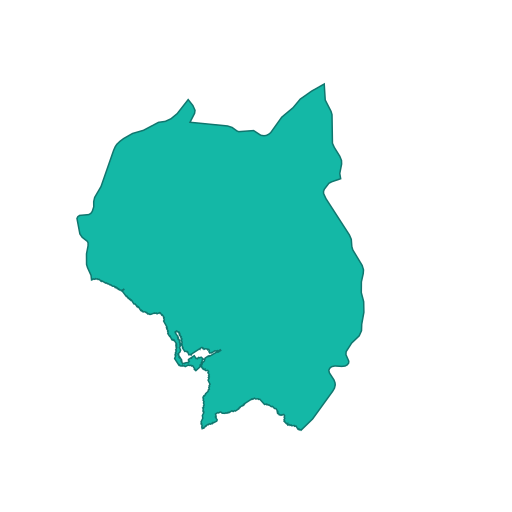 the district of La Isabela, Puerto Plata, Dominican Republic, rotated 237°
{"feature_id": "3306468B2817273614412", "entity_name": "La Isabela", "entity_type": "district", "adm_level": 2, "iso_a3": "DOM", "parent_name": "Dominican Republic", "parent_adm1": "Puerto Plata", "projection": "equal_earth", "projection_center": [-71.164, 19.801], "detail": "fine", "context": "isolated", "style": "filled", "palette": "teal", "viewbox_px": 512, "rotation_deg": 237, "n_neighbors": 0, "source": "geoboundaries", "source_scale": "gbopen_adm2", "svg_char_len": 6151}
<svg xmlns="http://www.w3.org/2000/svg" viewBox="0 0 512 512"><g transform="rotate(237 256 256)"><path d="M274.7,369.1L279.6,371.2L286.5,377.9L289.5,379.7L294.0,380.6L304.4,380.8L308.9,381.5L333.1,396.7L336.4,397.7L349.1,399.0L363.1,406.9L364.0,392.5L363.5,378.6L360.2,367.9L358.4,353.2L351.4,335.4L351.2,332.9L351.5,330.3L352.5,328.2L354.6,325.8L362.5,322.3L369.7,309.2L371.3,308.1L376.8,306.0L380.5,303.0L404.1,273.5L409.1,282.2L411.4,284.2L416.5,285.0L424.1,284.3L418.3,267.4L417.4,259.4L418.3,253.3L421.2,247.0L422.7,230.1L426.0,219.2L426.6,208.9L426.3,204.5L425.5,200.2L424.4,197.6L422.2,194.2L398.7,163.9L393.0,152.6L390.0,149.5L385.6,146.7L382.6,143.0L381.7,140.7L381.8,138.3L386.1,130.2L386.0,128.0L385.0,126.3L370.4,120.3L366.3,120.4L360.3,122.5L358.6,122.4L356.0,120.7L350.1,115.0L341.2,109.3L338.1,108.4L329.6,107.1L325.6,105.1L325.6,106.2L325.2,106.2L325.2,107.3L324.4,107.9L324.4,109.0L324.0,109.0L323.1,110.7L322.3,110.7L321.9,111.8L319.4,112.3L319.4,112.9L318.6,112.9L318.6,113.5L315.2,115.1L315.2,115.7L313.6,116.3L313.6,116.8L311.1,117.9L311.1,118.5L309.0,119.1L307.7,120.7L306.5,120.7L306.5,121.3L305.6,121.3L305.6,121.9L304.4,121.9L304.4,122.4L303.1,122.4L303.1,123.0L301.9,123.0L301.1,124.1L300.2,124.1L300.2,126.9L299.8,126.9L299.8,124.7L292.7,125.2L292.7,125.8L290.2,125.8L290.2,126.3L288.5,126.3L288.5,126.9L286.9,126.9L286.9,127.5L282.3,127.5L281.4,128.6L278.5,128.6L278.5,129.1L277.3,129.1L277.3,129.7L273.1,129.7L273.1,130.3L271.9,130.3L271.9,130.8L270.6,130.8L269.8,132.5L268.1,133.1L268.1,133.6L266.4,133.6L266.0,134.7L265.2,134.7L264.4,135.9L263.5,139.8L263.1,139.8L262.3,141.5L261.4,141.5L261.0,144.3L260.2,144.3L260.2,144.8L257.7,144.8L257.7,145.4L254.4,145.4L254.4,144.8L252.3,144.3L251.8,143.1L244.8,142.6L244.8,142.0L243.5,142.0L243.5,141.5L241.0,141.5L241.0,140.9L238.9,140.3L238.9,139.8L235.6,139.8L235.6,140.3L231.8,139.8L231.8,140.3L231.0,140.3L231.0,140.9L230.2,140.9L230.2,141.5L225.6,141.5L225.6,140.9L224.7,140.9L224.7,140.3L223.9,140.3L223.9,139.8L222.7,139.8L222.7,139.2L221.4,138.7L221.0,137.5L219.7,137.5L218.9,135.9L218.1,135.9L217.7,134.7L216.8,134.7L216.8,134.2L216.0,134.2L214.3,131.9L206.4,131.9L206.4,132.5L205.2,132.5L204.3,133.6L204.3,134.7L203.5,134.7L203.1,135.9L201.8,136.4L201.4,139.8L200.6,140.3L199.7,142.0L198.9,142.0L198.5,143.1L194.3,143.1L194.3,142.6L192.6,143.1L193.5,148.7L195.1,149.9L195.1,151.5L196.4,152.1L196.8,153.2L198.1,154.3L198.1,155.5L198.5,154.9L198.9,155.5L201.0,154.9L201.4,153.2L202.2,152.7L201.8,151.0L202.2,151.0L202.6,149.9L206.0,149.9L206.0,145.9L205.6,145.9L206.0,145.4L206.0,143.1L205.6,142.6L203.9,142.6L203.9,140.9L203.5,140.9L204.7,139.2L204.7,137.5L205.2,137.5L205.6,135.9L208.1,135.9L208.1,136.4L209.3,136.4L209.3,137.0L212.2,137.0L212.2,136.4L213.1,136.4L213.1,137.0L215.6,137.0L215.6,137.5L216.4,137.5L216.8,139.7L218.1,141.5L221.0,142.0L221.8,143.7L222.7,143.7L222.7,144.3L223.5,144.3L223.5,144.8L225.2,144.8L225.2,145.4L226.4,145.4L226.4,145.9L228.5,145.9L228.5,145.4L228.9,145.4L228.9,145.9L230.2,145.9L230.2,146.5L235.6,146.5L235.6,147.1L236.4,147.1L236.4,148.7L234.3,149.3L234.3,149.9L232.7,149.9L232.7,149.3L231.4,149.3L231.4,148.7L229.3,149.3L229.3,148.7L227.2,148.7L227.2,148.2L226.4,148.2L226.4,147.6L223.9,147.1L223.1,145.9L222.2,145.9L222.2,145.4L218.9,144.8L218.9,144.3L214.7,144.3L214.3,145.4L213.1,145.9L213.1,146.5L209.7,145.9L209.3,147.1L208.9,147.1L208.9,148.2L208.5,148.2L208.9,148.7L208.9,158.3L208.5,158.3L208.9,158.8L208.9,160.5L208.5,161.1L207.2,161.1L207.2,161.6L206.0,161.6L206.0,162.7L204.7,164.4L203.5,164.4L203.5,165.5L202.2,165.5L201.4,164.4L199.7,164.4L199.3,166.1L198.9,166.1L198.9,170.0L198.1,170.6L197.6,172.3L196.8,172.3L196.8,175.0L196.0,175.0L196.0,171.7L196.8,170.6L197.2,162.7L197.6,162.7L197.6,161.6L198.1,161.6L198.1,157.7L196.0,155.5L195.6,152.7L194.7,152.1L193.9,150.4L193.1,150.4L193.1,149.9L190.5,149.9L190.5,150.4L189.3,150.4L188.9,151.5L188.5,151.0L187.2,151.5L186.4,153.2L184.7,153.2L184.3,152.1L181.8,152.1L181.4,151.0L180.1,151.0L180.1,149.9L178.9,149.9L178.0,148.2L173.5,147.6L172.6,145.9L171.8,145.9L171.4,144.8L169.7,144.3L169.7,143.1L168.5,142.0L168.0,138.7L167.2,138.1L167.2,136.4L166.8,136.4L166.8,135.3L165.9,134.2L164.7,134.2L163.9,133.1L162.2,133.1L161.4,131.9L159.3,131.4L158.9,130.3L157.6,129.7L157.6,128.6L156.4,128.6L155.5,127.5L154.3,127.5L154.3,126.9L153.0,126.9L151.4,124.1L148.9,123.0L146.8,119.6L145.1,119.1L145.1,118.5L143.0,118.5L142.2,117.4L140.5,116.8L140.1,118.5L140.5,118.5L140.5,121.3L140.9,121.3L140.9,124.1L140.5,124.1L140.5,125.8L139.7,126.3L139.7,128.0L139.3,128.0L139.7,129.1L139.3,129.1L138.9,133.1L139.7,134.2L142.6,134.2L142.6,134.7L143.4,134.7L143.4,135.3L145.5,135.9L145.5,138.7L144.7,139.2L144.7,140.9L144.3,141.5L142.6,142.0L140.9,144.3L140.9,145.4L140.1,145.9L140.1,147.1L139.7,147.1L139.7,148.2L139.3,148.2L139.3,151.5L138.0,152.1L138.0,153.8L137.2,154.3L137.2,158.3L137.6,158.3L137.6,159.9L138.0,159.9L138.0,163.3L137.6,163.3L137.6,164.4L138.0,164.4L138.0,165.5L138.4,165.5L138.4,174.5L138.0,174.5L138.0,175.6L137.6,175.6L137.6,177.3L136.3,177.8L135.1,180.1L134.3,180.1L133.8,181.2L126.8,182.3L126.3,184.0L125.5,184.0L125.5,184.6L124.3,185.0L124.2,185.7L121.3,186.8L120.9,187.9L118.0,188.5L117.2,189.6L113.8,189.6L113.8,189.0L112.6,189.0L112.6,188.5L112.1,188.5L112.1,189.0L110.1,189.0L110.1,189.6L108.8,190.2L108.8,191.3L108.4,191.3L108.0,193.0L106.3,193.0L105.5,191.8L104.3,191.8L103.4,190.3L102.1,190.2L102.1,189.6L98.8,190.2L98.8,190.7L97.9,190.7L98.0,191.3L96.8,190.7L96.3,192.4L95.4,192.3L95.1,193.5L94.2,193.5L93.0,195.8L92.1,195.7L91.7,196.9L88.0,196.9L88.0,197.4L87.1,197.4L87.1,198.0L86.3,198.0L85.9,199.2L85.4,199.1L88.5,214.7L100.8,246.6L102.4,249.8L104.7,252.2L106.6,253.2L109.7,253.9L117.9,253.9L120.5,254.8L121.7,256.7L122.0,259.1L120.8,262.3L116.7,267.8L115.2,270.8L115.0,273.1L115.7,275.3L117.2,276.5L124.3,277.7L126.7,279.5L130.9,288.8L132.8,299.0L135.9,303.8L141.2,307.5L150.0,315.8L159.0,321.4L168.0,324.4L176.9,330.3L182.9,336.4L185.8,338.6L190.3,339.9L208.4,340.5L211.7,341.5L218.1,345.0L222.8,345.8L266.0,345.9L271.6,346.7L273.5,347.9L274.8,349.7L277.3,356.7L277.0,360.0L274.7,369.1Z" fill="#14b8a6" stroke="#0f766e" stroke-width="1.5"/></g></svg>